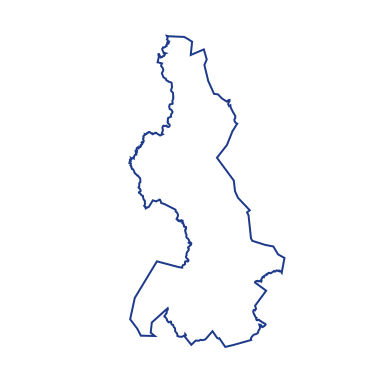 Chínipas, Chihuahua, Mexico (orthographic projection), rotated 171°
{"feature_id": "50627088B8922966525201", "entity_name": "Chínipas", "entity_type": "district", "adm_level": 2, "iso_a3": "MEX", "parent_name": "Mexico", "parent_adm1": "Chihuahua", "projection": "orthographic", "projection_center": [-108.464, 27.395], "detail": "fine", "context": "isolated", "style": "outline", "palette": "blue", "viewbox_px": 384, "rotation_deg": 171, "n_neighbors": 0, "source": "geoboundaries", "source_scale": "gbopen_adm2", "svg_char_len": 6021}
<svg xmlns="http://www.w3.org/2000/svg" viewBox="0 0 384 384"><g transform="rotate(171 192 192)"><path d="M190.0,43.9L188.2,42.8L187.8,43.1L183.4,33.8L175.2,34.4L156.7,36.6L156.8,38.0L156.1,39.1L153.9,41.0L152.9,41.5L151.0,41.6L148.9,42.5L148.5,43.8L147.3,45.5L146.8,45.8L146.1,47.2L146.0,49.1L146.2,49.6L146.3,50.5L145.2,50.1L144.3,49.2L144.0,47.8L143.5,47.5L141.9,48.1L140.1,49.4L140.2,50.3L141.8,51.3L142.6,52.2L143.1,52.3L143.9,53.4L144.9,54.0L145.7,55.2L146.3,55.4L147.0,55.1L147.7,55.5L148.2,55.4L148.5,56.5L148.0,57.4L148.4,57.5L148.6,58.3L149.3,59.6L149.4,60.9L149.7,61.1L150.2,63.1L150.2,64.7L149.6,65.7L149.4,65.8L148.3,65.3L148.0,66.0L147.0,66.5L147.5,69.8L134.2,82.9L143.9,92.7L143.8,93.2L142.5,94.0L141.2,94.0L140.6,93.3L139.7,93.7L138.9,93.2L138.3,93.6L137.6,92.7L137.1,93.5L137.3,94.6L136.6,95.7L135.7,96.3L135.6,97.0L134.8,97.2L134.3,96.8L134.1,97.6L133.6,98.0L131.8,98.3L131.2,99.2L130.5,99.0L130.1,99.6L129.1,99.7L128.9,100.1L127.5,99.9L127.2,99.5L126.7,99.5L123.4,101.1L123.3,100.8L122.7,100.4L121.9,100.5L120.9,101.3L119.6,100.9L119.2,100.4L118.4,100.8L117.9,99.9L117.6,99.8L117.2,100.1L116.6,99.9L116.0,98.3L111.0,112.4L116.8,117.0L120.2,125.5L128.0,128.3L140.0,134.3L141.0,136.9L139.8,160.1L140.8,163.3L137.8,164.9L147.5,179.1L149.4,186.0L148.9,196.7L162.0,221.9L150.1,233.0L142.6,245.6L136.7,252.4L137.3,252.7L138.4,254.2L138.9,255.4L138.8,257.0L137.7,258.3L137.7,259.1L137.3,260.1L139.1,264.8L140.6,269.5L140.5,271.6L141.9,271.1L142.5,272.8L142.3,273.9L140.6,276.1L140.5,277.0L141.7,277.0L143.6,275.9L147.8,279.7L151.1,284.4L154.9,285.5L158.6,299.1L159.9,315.5L156.7,320.6L158.0,331.0L171.8,327.5L168.4,340.4L172.4,344.0L175.5,346.4L190.8,349.5L192.5,350.2L191.9,348.3L192.8,346.6L192.5,346.5L191.8,344.4L191.2,344.2L191.8,343.6L191.6,343.1L191.9,342.5L192.1,342.6L192.6,343.7L193.1,343.6L193.2,343.1L192.8,342.1L194.2,341.3L194.3,340.1L195.0,340.1L195.6,339.5L197.3,339.0L197.9,339.4L199.0,338.1L199.1,337.1L198.2,334.1L196.2,333.1L197.9,332.7L197.5,332.0L197.6,331.5L198.3,330.8L199.7,330.6L200.3,330.0L201.2,330.3L201.7,329.8L202.4,331.0L202.9,333.2L203.1,333.5L203.6,333.4L203.7,331.9L203.4,331.1L205.7,325.5L201.5,323.7L202.5,322.3L202.8,321.4L201.6,319.1L201.3,317.6L201.5,316.3L203.2,314.0L202.3,309.9L201.6,309.3L201.1,308.6L200.1,308.0L199.8,306.2L198.6,305.6L198.0,304.7L195.8,303.7L195.1,303.0L195.1,302.5L195.3,298.7L196.7,296.1L196.8,295.2L195.2,292.8L195.5,290.9L195.5,289.2L195.9,288.6L195.7,287.6L197.2,284.9L197.2,282.6L197.6,282.1L200.1,282.0L200.6,281.4L201.2,279.8L201.0,277.4L199.5,276.4L199.1,275.2L198.7,274.6L199.0,273.4L200.3,272.2L200.9,270.7L200.9,269.7L204.0,268.8L204.4,268.2L204.4,267.3L205.0,265.7L204.7,265.1L205.2,264.4L205.1,263.9L203.6,262.1L203.6,261.1L204.1,260.3L205.1,259.9L206.2,260.3L206.7,261.5L208.5,261.4L209.6,261.9L210.4,261.6L211.2,260.1L211.0,257.6L212.7,254.5L211.8,253.6L214.7,252.8L218.2,256.0L218.6,255.8L219.0,256.2L219.4,256.2L220.4,255.6L221.9,255.2L222.1,255.3L222.2,256.2L223.2,256.5L224.2,257.7L225.0,258.0L225.4,258.0L225.9,257.4L227.0,257.4L227.9,256.4L228.5,256.2L229.4,256.6L229.3,255.9L230.4,255.5L231.4,254.6L231.2,253.3L232.2,252.0L231.6,250.4L232.2,249.0L233.3,249.3L234.0,248.9L234.1,248.5L233.4,247.5L234.2,246.6L235.2,246.4L235.3,245.2L235.9,244.6L237.0,245.1L237.2,244.3L237.7,244.4L238.0,243.6L238.9,244.5L239.7,243.9L240.0,243.3L239.8,241.4L240.2,241.3L240.4,241.9L241.0,241.7L240.6,241.1L239.4,240.7L241.0,240.5L240.6,239.7L241.2,239.5L241.1,239.1L241.4,238.7L241.0,238.2L241.1,237.8L241.8,238.2L243.6,236.3L243.8,235.5L244.3,235.3L244.3,234.3L244.9,234.7L245.0,234.4L246.0,234.5L246.7,235.0L246.5,234.3L247.0,234.2L247.2,233.5L247.6,233.3L248.0,233.7L248.4,233.3L248.3,232.8L247.6,232.7L247.8,231.6L248.2,231.4L248.9,231.4L249.1,230.9L248.7,231.0L248.5,230.1L247.9,229.4L248.7,228.0L248.0,227.2L248.2,226.4L247.8,226.0L247.8,224.3L246.7,223.7L245.9,221.5L245.7,219.7L245.4,219.6L244.6,218.3L243.9,217.7L243.6,216.9L242.6,216.4L242.5,215.8L241.3,214.1L241.0,212.7L241.6,209.6L242.4,209.4L242.8,208.7L243.1,206.0L244.1,205.0L243.9,204.4L242.9,203.2L242.5,201.4L242.7,200.9L244.5,200.0L244.5,199.5L243.3,198.5L242.3,196.5L241.1,195.9L241.1,192.8L240.6,191.6L240.0,190.9L239.9,190.4L240.2,189.5L240.2,187.9L240.9,186.2L241.4,185.8L240.4,184.7L240.7,184.4L240.5,184.0L240.1,184.0L240.2,183.1L236.8,184.2L232.0,189.9L228.9,188.3L228.5,188.6L226.5,189.0L225.6,189.6L224.8,189.3L224.1,186.6L224.1,185.9L221.1,184.4L211.3,177.3L210.9,176.6L211.2,175.3L210.0,174.1L209.4,171.6L209.8,170.1L211.3,168.0L210.9,167.9L211.0,167.0L210.3,166.8L210.2,166.2L209.7,166.1L209.7,165.4L209.0,165.2L209.1,165.6L208.5,165.5L208.6,165.1L208.2,164.9L208.2,165.3L207.7,165.6L207.1,165.7L207.2,165.3L206.8,165.2L207.2,165.0L207.1,164.5L205.9,164.1L205.7,163.1L206.1,162.7L205.5,162.3L205.6,161.5L205.1,160.6L205.3,159.7L205.0,159.4L205.2,159.1L204.9,158.8L203.4,158.3L203.6,156.7L204.0,156.6L204.1,155.9L204.7,155.6L204.8,155.2L204.8,153.8L204.5,153.3L204.7,152.2L204.1,151.0L204.6,148.8L204.5,147.8L203.2,146.4L202.5,144.9L202.4,143.4L202.5,142.9L203.2,142.5L203.0,142.1L202.5,141.7L201.7,142.5L201.3,142.4L200.8,141.7L200.7,141.2L201.4,139.9L204.6,137.9L204.6,137.3L204.1,136.6L204.2,135.6L204.4,135.2L206.4,133.2L207.1,131.7L207.2,130.4L208.0,129.3L208.1,128.8L207.8,127.7L206.3,125.6L206.3,124.5L207.1,124.0L208.0,124.5L209.6,124.4L210.0,123.4L210.1,121.9L211.0,121.3L212.0,121.4L213.3,120.0L213.5,118.8L216.9,119.9L237.5,129.0L265.1,96.3L273.0,76.0L267.5,65.7L265.0,58.1L251.3,55.6L254.8,59.5L252.1,69.4L234.2,81.0L234.1,80.1L235.6,78.3L235.9,76.6L238.7,73.7L238.6,73.0L237.9,72.6L237.3,71.6L236.7,70.0L236.8,69.2L235.6,67.0L234.4,67.0L233.4,67.4L233.0,67.2L233.0,64.9L232.5,64.1L231.5,63.7L231.1,61.4L230.1,60.1L230.2,58.4L230.5,57.7L229.9,56.1L229.1,55.0L228.8,53.7L228.9,52.1L228.4,52.0L227.7,51.3L224.6,50.5L222.8,51.3L221.6,51.4L221.1,51.9L220.9,52.7L220.4,51.8L219.8,52.2L221.7,50.2L216.6,41.2L211.5,44.7L208.5,44.0L206.8,44.7L205.2,44.1L204.1,44.0L201.8,44.4L193.5,51.3L190.0,43.9Z" fill="none" stroke="#1e3a8a" stroke-width="2"/></g></svg>